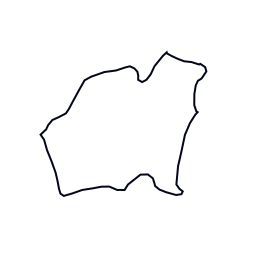 SVG path tracing the border of Konče, rotated 295°
{"feature_id": "MKD-2932", "entity_name": "Konče", "entity_type": "Statistical Region", "adm_level": 1, "iso_a3": "MKD", "parent_name": "North Macedonia", "parent_adm1": "", "projection": "robinson", "projection_center": [22.386, 41.511], "detail": "fine", "context": "isolated", "style": "outline", "palette": "ink", "viewbox_px": 256, "rotation_deg": 295, "n_neighbors": 0, "source": "natural_earth", "source_scale": "10m", "svg_char_len": 1055}
<svg xmlns="http://www.w3.org/2000/svg" viewBox="0 0 256 256"><g transform="rotate(295 128 128)"><path d="M68.4,146.7L67.3,144.5L67.0,135.8L63.6,128.8L58.6,121.8L52.5,112.7L44.8,104.8L40.2,99.5L39.3,98.6L40.0,94.5L43.7,91.2L50.5,86.3L56.9,81.3L65.3,73.0L73.8,63.9L81.9,56.9L85.0,51.6L92.2,54.4L96.9,54.4L103.3,56.1L109.0,61.0L115.1,65.6L120.5,66.4L128.9,66.8L142.8,67.7L152.9,68.5L159.0,73.0L168.7,82.9L175.1,92.9L181.7,99.9L184.7,103.6L184.7,108.6L183.0,112.7L179.7,115.2L176.0,116.8L175.6,121.4L179.4,124.3L186.1,125.9L195.2,125.9L208.3,129.2L212.9,131.1L212.1,131.7L211.7,137.1L211.7,143.7L212.2,150.7L214.6,157.7L215.6,165.6L216.7,166.4L215.8,172.2L212.4,175.1L204.0,173.8L200.3,171.4L195.2,171.4L186.8,173.8L176.7,178.4L172.0,182.9L171.8,184.4L168.2,183.3L158.8,182.1L145.9,182.5L127.7,186.7L114.6,189.5L97.3,195.7L94.6,200.3L93.7,204.4L90.6,204.4L89.6,202.9L87.6,199.9L85.9,189.5L85.5,182.5L86.9,177.1L88.9,175.5L92.9,171.8L94.3,165.6L91.0,159.0L85.2,156.1L76.8,151.9L70.3,151.1L68.4,146.7Z" fill="none" stroke="#020617" stroke-width="2"/></g></svg>